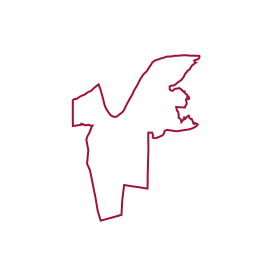 Oru West, Imo, Nigeria (Natural Earth projection), rotated 25°
{"feature_id": "59680162B53120698145103", "entity_name": "Oru West", "entity_type": "district", "adm_level": 2, "iso_a3": "NGA", "parent_name": "Nigeria", "parent_adm1": "Imo", "projection": "natural_earth1", "projection_center": [6.913, 5.74], "detail": "fine", "context": "isolated", "style": "outline", "palette": "rose", "viewbox_px": 256, "rotation_deg": 25, "n_neighbors": 0, "source": "geoboundaries", "source_scale": "gbopen_adm2", "svg_char_len": 3780}
<svg xmlns="http://www.w3.org/2000/svg" viewBox="0 0 256 256"><g transform="rotate(25 128 128)"><path d="M162.2,32.5L159.3,33.7L156.5,34.9L153.3,36.4L150.4,37.3L146.0,39.5L143.2,41.1L142.5,41.5L139.9,42.7L138.0,44.2L135.9,45.4L135.5,45.6L133.0,46.9L130.6,49.3L128.0,51.4L126.6,52.9L124.4,55.0L124.0,55.3L123.8,55.6L122.4,58.0L122.1,60.8L121.5,64.7L121.0,68.7L120.5,69.9L119.3,72.9L118.8,76.4L118.6,77.4L118.5,78.4L118.4,83.9L118.1,87.2L117.6,91.5L117.8,94.2L117.5,98.8L117.2,101.8L116.9,106.1L116.8,109.4L116.8,113.4L116.2,116.1L114.6,119.1L113.4,121.7L113.0,122.4L110.6,123.8L110.4,123.9L108.3,123.9L106.5,123.6L104.4,122.4L102.6,121.4L100.6,120.1L100.2,119.9L98.5,118.4L98.1,118.1L96.6,116.5L95.3,115.0L94.0,113.2L91.9,110.7L91.4,110.1L89.3,107.7L87.0,104.9L85.6,103.5L84.9,102.8L82.9,100.9L81.5,103.7L81.0,104.8L80.4,105.9L79.9,107.0L79.5,108.4L79.1,109.2L78.8,110.1L78.5,110.5L78.1,110.9L77.7,111.3L77.2,111.6L76.7,112.2L76.1,113.3L74.7,115.8L74.0,116.7L73.3,117.5L72.6,118.0L71.9,119.0L71.2,119.7L70.6,120.9L69.8,122.2L69.4,122.9L69.0,123.3L68.7,123.6L68.4,123.6L68.2,123.8L67.7,124.1L67.2,124.4L66.9,125.0L66.5,125.9L66.3,126.3L74.8,144.5L77.3,149.5L84.6,144.6L84.1,143.9L86.3,143.5L87.1,143.7L88.0,143.6L88.9,143.2L90.7,141.9L91.3,141.6L92.8,141.8L94.8,140.8L94.6,142.7L94.8,143.3L94.6,144.3L95.0,145.1L94.7,146.3L94.9,147.4L95.1,148.5L94.7,152.2L95.1,156.1L101.4,164.9L106.0,177.7L111.5,182.5L128.2,205.2L135.7,216.1L142.4,223.5L158.8,209.5L153.1,195.3L148.6,181.3L154.0,179.8L164.5,176.6L171.3,174.7L168.3,167.9L164.8,160.2L158.7,146.1L156.0,139.8L151.5,130.4L149.0,125.1L148.4,123.5L152.0,122.0L152.6,122.7L153.0,123.4L153.6,123.9L154.4,125.6L154.5,126.2L154.9,126.2L155.6,126.2L156.4,126.0L157.0,125.7L157.8,125.1L158.2,124.7L159.3,123.6L160.4,122.4L162.0,120.5L162.6,119.2L162.9,118.0L162.6,115.9L162.5,115.0L164.3,113.2L168.5,111.9L173.1,110.6L183.7,103.6L184.8,102.6L186.0,101.6L186.7,100.9L187.5,99.8L188.9,97.8L189.3,97.2L189.4,96.7L189.6,95.7L189.7,95.3L189.2,95.2L188.5,95.2L186.7,95.1L186.7,95.4L186.6,95.9L186.5,96.1L186.2,96.4L185.9,96.5L185.5,96.4L185.3,96.2L185.0,95.9L184.7,95.5L184.4,95.2L184.1,94.9L183.9,94.6L183.8,94.4L183.6,94.2L183.1,94.0L182.9,93.8L182.6,93.4L182.4,93.3L182.0,93.2L181.8,93.0L181.6,93.2L180.9,93.2L180.2,93.2L179.7,93.0L179.0,92.4L178.5,92.0L178.3,91.6L178.1,91.3L177.8,91.1L177.6,91.5L177.4,92.0L177.1,92.2L176.8,92.6L176.6,93.1L176.5,93.5L176.4,94.0L176.2,94.5L176.2,95.0L176.1,95.5L176.0,95.8L175.9,95.9L175.7,95.6L175.4,95.3L174.8,94.8L174.5,94.7L174.6,95.7L174.6,96.5L174.5,97.4L174.4,98.2L174.2,99.0L173.9,100.1L173.1,99.0L172.2,97.9L171.5,97.6L169.7,97.4L169.1,96.5L168.8,95.8L168.6,94.8L167.8,94.1L167.3,92.9L166.6,92.1L165.8,92.0L164.5,91.0L164.0,90.1L162.8,88.6L166.2,87.3L171.0,85.3L170.7,84.0L170.9,83.0L171.1,82.1L170.5,80.3L169.6,79.2L169.0,78.5L168.5,77.7L168.6,77.2L169.0,76.8L169.7,76.8L170.3,76.5L170.9,75.9L170.8,74.8L169.9,74.5L169.6,74.0L169.2,74.3L168.5,74.8L168.2,74.2L167.9,73.3L167.4,72.7L166.7,72.8L165.6,72.5L165.2,72.3L163.9,72.0L163.9,71.3L163.9,71.0L163.3,71.2L162.4,71.3L161.5,71.3L161.0,71.0L160.8,70.8L160.7,70.6L160.0,70.6L159.4,70.4L158.7,70.3L158.4,70.4L158.1,70.3L157.6,70.1L157.3,70.5L155.9,71.5L154.8,72.1L154.0,72.7L153.4,73.7L153.1,74.8L152.5,75.6L151.7,75.7L150.6,75.8L149.9,75.5L149.4,75.3L149.2,74.8L148.2,72.8L149.4,71.2L151.0,70.5L151.7,69.9L152.7,68.3L153.1,67.3L154.2,65.0L155.3,63.3L156.2,61.4L157.0,57.7L156.8,56.2L157.0,55.6L156.9,55.0L156.9,54.4L157.6,52.8L157.6,52.0L157.7,51.6L158.0,50.5L158.5,49.7L159.1,48.8L159.2,48.2L159.2,46.4L159.4,45.1L159.8,44.0L160.2,43.0L160.8,42.0L161.2,40.7L161.7,40.2L161.3,40.2L160.4,39.8L160.0,39.3L159.5,38.9L159.9,38.4L160.7,37.5L161.6,36.7L162.3,36.4L162.8,34.8L162.8,33.4L162.2,32.5Z" fill="none" stroke="#9f1239" stroke-width="2"/></g></svg>